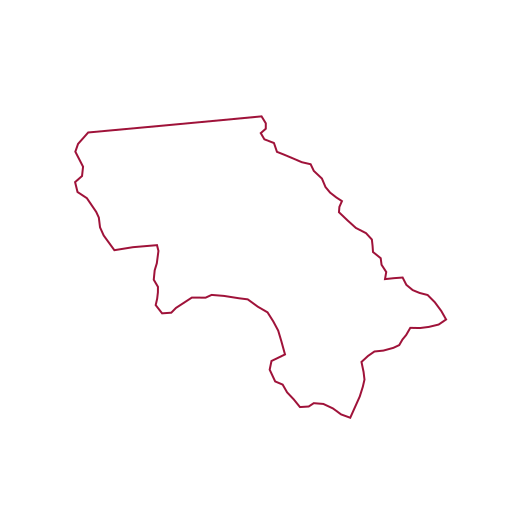 outline of Vieirópolis, Paraíba, Brazil, rotated 283°
{"feature_id": "56859067B9721809785245", "entity_name": "Vieirópolis", "entity_type": "district", "adm_level": 2, "iso_a3": "BRA", "parent_name": "Brazil", "parent_adm1": "Paraíba", "projection": "equal_earth", "projection_center": [-38.281, -6.562], "detail": "fine", "context": "isolated", "style": "outline", "palette": "rose", "viewbox_px": 512, "rotation_deg": 283, "n_neighbors": 0, "source": "geoboundaries", "source_scale": "gbopen_adm2", "svg_char_len": 1439}
<svg xmlns="http://www.w3.org/2000/svg" viewBox="0 0 512 512"><g transform="rotate(283 256 256)"><path d="M229.8,116.7L236.9,134.1L244.3,157.1L239.0,159.8L226.6,161.0L219.3,160.5L209.9,161.7L203.9,167.4L198.5,168.6L192.1,169.3L185.6,169.3L179.0,177.4L181.7,186.2L187.4,189.7L201.0,202.8L204.1,216.3L208.1,221.5L209.9,233.7L211.0,249.1L211.9,257.7L207.0,269.2L203.7,279.9L196.2,287.5L188.3,294.4L178.8,299.8L166.6,306.4L157.2,294.7L148.3,294.9L138.1,302.9L136.7,310.9L130.1,317.0L124.8,325.0L118.7,332.8L121.2,341.2L125.6,345.4L127.0,354.9L124.8,365.2L120.8,374.5L119.6,384.2L142.4,388.7L152.6,389.5L160.0,389.5L167.2,386.9L176.5,382.6L183.9,387.7L189.6,392.9L192.5,401.4L197.4,410.5L201.4,415.6L207.6,417.5L212.8,420.1L220.7,422.5L222.7,432.0L225.8,440.4L230.3,449.4L236.9,455.5L244.1,448.9L251.2,440.6L256.6,432.0L256.8,423.7L258.0,416.4L261.7,409.0L268.0,403.7L265.4,395.3L262.5,386.9L269.7,386.5L275.7,380.3L281.9,378.0L286.2,369.1L292.1,367.3L298.1,365.2L303.0,358.1L305.8,347.0L311.2,337.3L317.3,327.0L322.6,326.2L328.8,327.4L331.2,320.9L334.4,314.0L338.8,308.2L346.3,302.8L351.9,293.2L357.7,288.6L357.7,279.5L359.6,269.0L361.1,260.3L362.2,253.0L370.1,248.1L371.6,237.9L376.8,233.0L382.2,236.9L387.5,235.7L393.3,230.0L362.5,137.2L338.6,64.7L325.2,57.4L317.0,56.5L304.1,67.4L294.8,68.5L287.3,63.1L278.2,67.7L274.3,78.2L263.0,90.4L258.1,94.2L248.8,97.6L241.7,103.0L229.8,116.7Z" fill="none" stroke="#9f1239" stroke-width="2"/></g></svg>